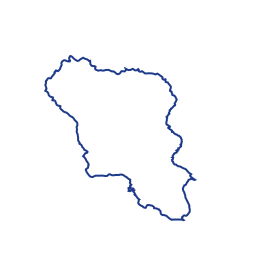 Acosta, San José, Costa Rica, rotated 119°
{"feature_id": "36466004B86670924775866", "entity_name": "Acosta", "entity_type": "district", "adm_level": 2, "iso_a3": "CRI", "parent_name": "Costa Rica", "parent_adm1": "San José", "projection": "equal_earth", "projection_center": [-84.228, 9.742], "detail": "fine", "context": "isolated", "style": "outline", "palette": "blue", "viewbox_px": 256, "rotation_deg": 119, "n_neighbors": 0, "source": "geoboundaries", "source_scale": "gbopen_adm2", "svg_char_len": 5785}
<svg xmlns="http://www.w3.org/2000/svg" viewBox="0 0 256 256"><g transform="rotate(119 128 128)"><path d="M187.1,45.2L186.2,44.3L185.9,43.4L185.1,42.3L182.7,37.8L182.4,37.5L181.9,36.1L181.8,34.9L181.6,34.7L181.3,36.2L180.9,36.7L180.4,37.2L179.7,37.5L179.0,37.0L177.9,37.0L177.2,36.5L176.9,35.6L176.8,34.9L176.6,34.6L175.2,33.9L172.3,33.5L171.2,33.5L169.4,34.4L167.4,36.2L166.7,36.3L165.8,37.1L160.9,44.1L160.2,44.6L159.6,44.9L158.4,46.2L158.1,46.7L157.1,47.4L156.3,48.9L155.3,50.0L154.3,50.7L150.9,51.0L150.2,50.2L149.2,49.9L146.4,50.0L145.7,49.7L144.0,49.9L141.7,47.9L141.2,44.6L140.8,44.3L140.7,46.0L140.2,49.5L139.7,50.4L139.5,50.6L137.8,50.3L137.7,52.1L137.5,53.5L136.1,57.2L136.1,58.6L136.4,60.1L136.4,63.8L137.1,65.5L137.1,66.6L136.7,68.0L137.2,69.4L137.2,69.9L136.9,71.0L136.3,71.5L135.9,72.2L135.6,72.3L135.4,73.4L135.0,73.5L134.5,74.1L133.3,73.7L132.6,74.0L132.0,74.1L131.9,74.4L132.0,74.9L131.6,74.7L130.8,75.3L128.1,75.3L127.8,74.8L127.0,74.7L125.9,73.6L125.6,73.6L125.2,73.6L124.8,73.9L124.4,73.7L124.2,74.7L123.1,74.1L122.6,73.3L122.4,73.3L121.6,74.1L121.3,73.5L120.5,73.5L118.5,72.7L118.3,72.7L117.8,73.3L117.1,73.2L116.8,73.6L116.8,74.0L115.7,73.7L114.7,74.3L113.9,74.2L113.2,75.0L112.1,75.4L111.6,76.3L111.0,76.8L110.5,77.7L110.4,78.7L110.1,79.2L110.1,79.8L110.4,80.5L110.1,82.4L110.4,83.0L110.4,84.3L110.2,85.2L109.6,86.6L109.6,86.8L110.1,87.7L109.0,88.2L108.8,89.4L108.8,90.8L108.4,92.9L107.6,92.8L107.1,91.9L106.6,91.9L106.3,92.3L106.2,92.8L106.2,94.1L106.3,95.1L106.1,95.4L106.0,96.3L104.8,97.1L102.1,97.9L101.4,98.4L100.3,98.5L99.6,99.7L98.6,99.3L96.4,99.1L95.6,98.7L95.1,99.5L93.2,99.6L92.9,99.7L92.5,100.1L92.1,100.2L91.8,99.8L91.5,99.7L90.9,99.6L90.2,99.8L89.0,99.1L86.5,98.6L85.6,97.9L84.8,98.0L84.3,98.9L84.0,99.1L81.6,99.0L79.5,99.2L78.6,100.6L78.0,101.2L77.3,102.9L77.2,103.5L77.5,104.2L77.5,105.5L76.8,105.8L76.0,106.8L75.1,107.5L75.0,108.0L75.3,108.5L75.2,109.2L74.2,109.7L72.6,109.9L71.2,110.5L70.6,111.3L69.7,113.7L68.9,115.2L68.9,115.5L69.4,116.8L69.5,117.4L68.8,118.0L67.4,118.6L67.2,118.8L67.3,119.1L68.3,119.9L68.4,121.2L68.3,121.6L67.9,122.1L67.0,122.3L66.8,122.6L66.5,125.3L66.3,126.8L66.2,128.6L66.7,129.2L67.7,129.7L67.9,130.3L68.1,131.8L68.7,133.6L69.9,136.1L71.3,138.2L72.0,139.6L71.5,143.2L72.7,144.3L73.0,144.8L73.0,146.2L72.1,146.6L71.6,147.3L71.5,147.6L73.3,148.4L74.0,149.4L74.2,150.6L73.9,152.4L74.2,152.8L75.3,153.5L76.2,154.2L77.2,155.8L77.3,158.8L77.8,158.2L78.4,157.9L80.1,158.3L81.4,161.2L82.8,161.5L83.8,161.5L85.2,162.2L85.7,162.7L86.0,163.5L86.1,164.4L85.7,166.0L85.5,168.2L86.3,169.4L86.6,173.1L87.9,175.4L89.3,176.8L90.0,177.8L90.4,178.8L90.6,179.8L92.3,181.9L92.6,184.3L92.5,185.0L91.5,185.9L90.6,185.9L90.1,186.1L90.1,187.2L91.1,189.2L91.0,190.7L90.2,192.0L87.6,193.7L88.1,194.2L88.3,194.7L87.9,195.7L87.8,197.1L88.3,198.8L88.3,201.3L90.9,202.9L93.0,203.7L93.7,204.5L93.8,205.1L93.9,205.5L93.9,206.8L93.5,209.3L92.8,211.4L92.8,212.7L93.1,213.4L93.5,213.6L93.8,213.6L94.1,213.4L95.5,213.4L96.6,212.4L97.0,211.6L97.2,211.3L97.8,211.2L98.3,211.6L98.5,211.9L98.5,212.7L99.1,213.4L99.2,215.4L99.5,216.4L99.9,216.9L101.3,217.7L102.5,217.9L103.8,217.6L104.5,216.9L105.3,216.5L107.0,216.5L109.3,216.1L111.3,216.4L112.3,216.9L112.5,218.8L112.9,219.1L113.2,219.1L113.4,218.8L114.0,218.8L114.6,219.3L115.0,219.3L115.6,218.7L116.3,218.7L120.2,219.5L121.8,219.5L122.3,220.0L122.6,221.1L123.1,221.8L123.9,222.2L125.1,222.1L126.3,222.5L127.0,222.5L127.2,222.1L128.0,221.9L128.7,221.4L130.4,221.2L132.4,219.0L132.9,218.7L133.2,218.3L135.5,218.4L135.5,216.8L135.6,216.0L136.0,214.9L136.7,214.1L137.5,213.5L137.8,212.9L138.2,211.7L138.2,211.2L137.7,208.4L138.8,207.9L139.6,207.9L140.4,207.6L140.2,206.8L139.6,206.1L139.6,205.3L139.8,204.5L141.0,203.3L141.6,202.4L142.2,201.8L142.3,201.4L142.4,200.7L142.2,200.0L142.2,199.5L141.8,198.4L141.7,197.7L143.4,197.0L144.0,196.0L144.6,193.0L144.8,192.8L144.8,191.5L144.7,190.5L144.4,189.6L144.4,189.1L144.6,187.6L145.5,184.8L145.5,181.3L146.6,178.9L146.8,178.8L147.7,175.6L148.5,174.6L150.2,173.5L151.9,173.5L154.3,171.7L155.3,171.5L156.0,171.1L156.8,170.5L157.8,169.1L159.6,167.8L160.6,166.9L162.5,166.0L163.3,165.2L164.3,163.2L164.5,163.0L165.2,163.0L165.4,162.7L165.3,161.1L165.6,160.3L165.9,159.7L166.6,159.0L166.9,158.5L167.2,157.2L168.2,155.7L168.1,153.5L168.3,152.2L168.5,151.8L169.4,151.7L170.8,153.1L174.5,153.5L174.6,152.5L175.0,151.4L175.9,149.7L177.1,148.0L177.8,146.4L178.7,145.0L179.1,144.6L180.0,144.7L180.5,144.2L182.0,143.8L182.5,143.8L183.8,144.6L185.1,144.7L185.4,144.1L186.4,143.1L186.8,142.4L188.2,139.4L188.7,137.9L188.7,137.2L188.5,136.2L188.1,135.3L185.6,133.4L185.3,133.0L182.0,127.2L181.0,124.6L180.1,123.1L177.9,122.2L177.5,121.9L177.2,121.2L177.1,119.4L176.7,118.3L176.3,117.5L175.2,116.4L174.6,115.0L174.2,114.6L173.5,113.1L172.6,112.4L171.6,110.5L171.5,108.3L171.7,107.5L171.7,105.0L172.0,104.3L172.2,102.8L172.1,101.3L172.2,100.9L173.0,100.7L173.9,99.9L174.8,99.9L175.1,99.7L175.8,98.8L176.0,97.6L177.3,97.8L177.6,98.2L177.8,98.2L178.2,97.8L178.5,96.9L178.9,96.9L179.6,97.2L180.0,98.2L180.2,98.5L180.4,98.5L181.2,97.6L181.6,97.5L182.1,97.1L182.8,97.0L182.7,96.4L182.1,96.0L182.1,95.6L181.4,95.2L180.8,94.3L180.7,94.4L180.4,95.3L180.2,95.4L179.9,95.2L179.4,94.3L178.9,94.5L178.5,94.5L178.4,94.2L178.4,93.8L178.7,93.5L180.0,93.0L179.7,92.3L181.0,92.4L181.9,90.4L182.6,89.9L182.7,89.3L182.9,89.3L183.2,89.6L183.5,88.7L183.6,87.7L184.6,85.8L185.0,83.8L185.2,84.0L186.0,83.5L188.7,82.7L189.5,80.9L189.6,79.0L189.4,77.4L189.8,76.3L189.8,75.6L189.6,74.6L189.4,74.1L189.2,73.8L186.8,73.9L186.1,73.6L185.7,73.2L185.2,72.2L184.3,69.5L184.3,68.1L184.5,67.2L184.6,66.9L185.5,66.3L184.6,64.3L184.5,62.9L184.2,61.3L184.7,60.7L184.7,59.8L185.1,59.1L186.7,58.1L187.4,56.9L187.3,55.3L186.7,54.4L186.2,51.8L187.0,48.3L187.1,45.2Z" fill="none" stroke="#1e3a8a" stroke-width="2"/></g></svg>